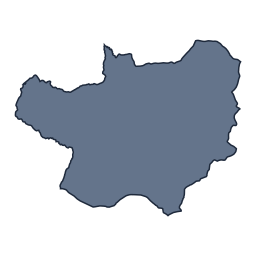 outline of Pijao, Quindío, Colombia
{"feature_id": "7082276B22277763183107", "entity_name": "Pijao", "entity_type": "district", "adm_level": 2, "iso_a3": "COL", "parent_name": "Colombia", "parent_adm1": "Quindío", "projection": "orthographic", "projection_center": [-75.71, 4.302], "detail": "fine", "context": "isolated", "style": "filled", "palette": "slate", "viewbox_px": 256, "rotation_deg": 0, "n_neighbors": 0, "source": "geoboundaries", "source_scale": "gbopen_adm2", "svg_char_len": 5650}
<svg xmlns="http://www.w3.org/2000/svg" viewBox="0 0 256 256"><path d="M104.4,44.9L104.4,45.9L104.1,46.4L104.3,47.4L104.1,49.8L104.9,51.0L104.6,52.1L105.1,53.6L105.5,56.0L105.0,57.8L105.4,58.8L104.3,60.8L103.6,62.6L103.4,64.3L103.8,65.5L103.4,67.2L104.0,69.9L102.8,71.9L102.7,73.0L102.8,73.5L104.6,74.7L105.4,75.6L105.7,76.5L104.8,78.4L104.5,80.1L103.1,82.0L101.8,82.8L99.5,83.6L98.5,84.2L97.5,84.5L96.4,84.5L94.5,83.7L93.9,83.7L93.1,84.3L91.5,84.4L90.1,84.7L89.5,84.6L89.1,84.0L88.8,83.9L87.4,84.5L86.7,84.5L86.0,84.9L82.7,85.2L81.5,85.9L80.6,86.0L80.1,86.2L79.4,87.1L78.8,87.6L78.2,87.9L77.4,88.0L77.1,88.5L76.3,88.7L75.5,89.5L74.6,89.7L74.1,90.1L70.5,92.2L69.9,92.3L68.6,91.8L66.4,92.0L63.8,91.3L63.4,90.9L62.5,89.7L61.9,89.4L60.3,89.1L59.3,88.6L57.5,88.8L56.8,88.4L56.1,87.6L55.1,87.2L54.1,87.7L53.2,87.3L52.6,87.3L52.3,87.0L52.0,86.3L50.9,85.4L50.6,85.0L50.1,83.3L50.4,82.8L50.6,81.9L50.4,81.5L49.6,81.1L47.2,81.8L46.9,82.5L46.6,82.7L45.5,82.5L43.4,80.6L42.6,80.4L41.6,80.5L40.0,81.5L39.2,79.6L37.7,77.3L36.5,75.7L35.6,75.1L34.6,75.3L34.0,75.7L32.9,77.2L32.0,77.9L31.3,78.2L30.0,78.2L28.6,79.7L25.0,82.6L25.7,83.2L25.3,83.9L24.9,83.6L24.0,84.3L23.4,84.3L24.7,83.1L24.3,83.2L23.5,83.8L23.1,84.9L23.1,85.9L23.0,86.8L22.6,87.7L22.1,88.1L20.8,88.6L20.6,89.4L21.7,92.1L20.9,95.2L20.6,96.2L19.8,96.9L19.0,97.8L18.6,98.5L16.8,102.6L16.1,104.6L16.0,105.6L16.8,106.7L17.1,107.7L17.1,108.3L17.6,109.8L17.5,110.1L16.4,111.1L15.8,111.8L15.6,112.4L15.4,114.8L15.5,115.8L16.1,116.5L17.0,116.9L18.1,118.8L18.4,119.0L19.3,119.2L20.8,119.0L21.5,119.1L21.9,119.5L22.8,121.4L23.2,121.8L24.9,122.0L25.8,123.6L28.3,124.9L30.7,125.3L31.6,125.8L33.2,128.2L35.3,130.2L36.5,130.8L38.0,130.4L38.8,130.3L39.2,131.6L40.2,132.8L41.1,135.4L41.4,136.0L43.0,137.5L44.5,137.8L45.6,138.6L47.9,137.9L48.8,138.9L50.3,137.8L50.9,137.8L51.5,138.4L52.3,138.1L52.8,138.2L53.1,139.1L53.8,139.4L54.9,139.6L55.7,139.9L55.9,140.5L56.1,141.7L57.1,141.5L58.6,142.0L58.8,142.2L58.9,143.4L59.5,143.7L60.3,144.7L60.7,144.7L61.7,144.3L62.3,145.1L63.3,145.4L64.3,145.1L64.7,145.1L66.6,147.3L67.7,147.8L68.3,147.9L69.0,147.1L69.3,147.0L71.8,147.6L72.1,147.9L72.3,148.7L72.7,149.3L72.7,150.1L73.2,151.6L73.3,152.4L72.7,154.7L72.8,156.8L72.4,158.3L71.9,158.7L71.7,159.6L70.9,160.6L70.4,162.9L69.6,164.1L68.7,167.6L66.7,169.1L66.2,169.8L65.5,171.6L65.1,173.7L64.7,174.5L64.6,175.6L64.3,176.2L64.1,177.2L62.5,181.2L61.4,182.3L61.3,182.9L60.3,184.8L60.1,185.6L60.1,186.5L60.6,187.9L60.5,188.7L62.7,188.7L65.1,189.4L66.4,190.0L68.4,192.3L69.0,192.8L74.1,196.0L77.2,198.9L80.2,200.9L93.1,207.0L94.9,206.8L99.9,205.9L103.7,206.1L105.9,206.4L107.0,207.0L109.3,207.1L113.4,205.8L113.8,205.8L115.6,204.2L115.9,203.3L117.4,202.1L120.0,199.7L125.7,196.0L126.5,195.6L129.2,194.8L130.9,194.6L135.3,194.7L140.9,195.0L145.8,196.6L147.4,197.5L150.4,200.7L153.2,203.2L153.9,203.6L154.6,204.4L155.4,204.8L155.6,205.2L157.0,205.9L158.1,207.5L158.9,208.0L160.9,208.1L162.3,208.4L162.7,208.7L162.8,209.2L163.3,212.2L163.6,212.7L165.7,213.8L167.4,215.0L168.0,215.6L169.2,214.6L173.5,212.5L177.5,211.6L181.1,211.1L181.2,210.6L180.8,209.6L179.5,208.3L179.4,207.5L179.5,206.5L180.2,205.0L180.8,204.3L181.6,203.1L182.3,200.5L182.8,199.7L183.0,198.5L183.5,198.0L183.9,197.3L183.8,196.7L184.3,194.8L184.4,193.1L184.5,189.2L185.9,187.5L187.5,186.4L189.0,185.7L189.8,185.1L191.4,184.6L194.0,182.9L196.2,181.2L199.4,180.8L199.9,180.2L200.3,179.2L200.8,178.7L206.3,176.6L206.9,175.6L206.9,174.4L207.7,171.2L208.9,169.9L209.2,169.4L209.8,164.7L210.0,164.2L212.1,162.1L212.8,161.1L213.7,160.3L214.6,159.9L217.3,161.1L219.1,160.3L221.1,159.9L223.9,160.2L224.7,160.1L225.3,159.8L226.9,157.4L227.7,156.8L229.6,156.3L231.4,155.6L233.8,154.2L235.3,152.3L235.8,151.5L236.4,148.8L236.2,148.5L233.7,146.4L231.0,145.1L227.5,142.1L227.3,141.7L227.3,141.1L228.0,139.9L228.6,138.5L228.5,135.1L228.7,133.2L228.9,132.7L230.3,131.4L230.7,129.3L231.3,127.5L231.8,126.8L233.0,125.5L233.3,125.3L235.8,125.5L236.2,125.2L236.6,124.4L236.6,123.6L236.3,122.6L234.9,119.9L234.2,117.9L234.3,115.9L234.5,115.1L235.3,113.8L237.1,112.0L238.4,110.2L239.1,109.5L239.7,109.2L239.9,108.9L239.3,108.3L237.7,107.5L236.9,107.0L236.5,106.6L236.3,106.1L236.4,105.7L237.4,104.0L237.3,103.1L235.4,100.1L233.3,94.3L232.5,93.1L231.8,92.4L231.8,92.0L232.1,91.6L234.4,89.6L236.2,87.2L237.3,84.6L237.8,83.0L238.7,79.1L239.7,76.4L239.6,75.2L239.0,73.8L238.5,72.0L238.8,67.6L239.5,64.0L240.3,62.2L240.6,61.8L238.0,59.8L237.3,59.5L234.6,59.1L233.7,58.8L232.8,58.3L230.6,55.7L230.0,55.2L229.6,54.1L227.8,51.0L225.9,48.6L224.2,47.2L222.5,46.2L220.4,43.7L217.0,41.5L215.2,41.2L213.0,41.3L211.0,41.0L208.2,40.8L205.2,41.4L203.9,41.4L202.7,41.3L198.2,40.4L197.1,40.4L195.6,40.8L193.3,46.0L190.7,48.7L189.4,50.5L186.8,53.1L183.1,57.2L181.9,58.7L181.0,60.4L179.9,61.0L176.3,62.2L175.0,63.1L174.0,63.4L172.0,62.2L171.2,62.1L170.4,62.3L168.6,63.0L167.9,63.1L166.7,63.1L163.4,62.8L159.4,63.3L158.0,63.4L155.4,63.1L153.7,63.3L151.2,64.0L150.8,64.0L149.3,63.3L148.5,63.3L146.0,63.9L144.2,65.0L142.8,65.7L140.4,66.1L136.1,66.3L135.6,66.0L134.5,64.4L134.3,63.6L134.1,62.0L133.7,61.1L132.7,59.6L131.8,57.4L131.5,54.6L131.2,54.2L130.7,54.0L129.3,53.7L126.7,54.4L125.5,54.5L124.1,54.9L121.9,55.0L121.0,54.9L119.5,54.1L118.9,54.2L117.5,55.7L117.2,56.4L116.3,57.5L116.0,57.7L115.7,57.6L115.5,57.4L114.9,55.8L113.2,55.1L112.8,54.6L112.7,54.3L113.0,53.5L112.5,53.1L112.3,52.7L112.4,51.3L111.4,50.5L111.8,50.0L111.7,49.8L111.0,49.1L110.5,49.1L109.9,49.4L109.6,49.3L109.5,49.0L109.6,48.8L109.4,48.2L109.4,47.7L109.2,47.6L108.8,47.9L108.3,47.3L107.6,47.6L107.1,47.4L106.9,47.1L107.3,47.1L107.4,46.9L107.2,46.6L106.2,46.4L105.2,45.9L104.4,44.9Z" fill="#64748b" stroke="#1e293b" stroke-width="1.5"/></svg>